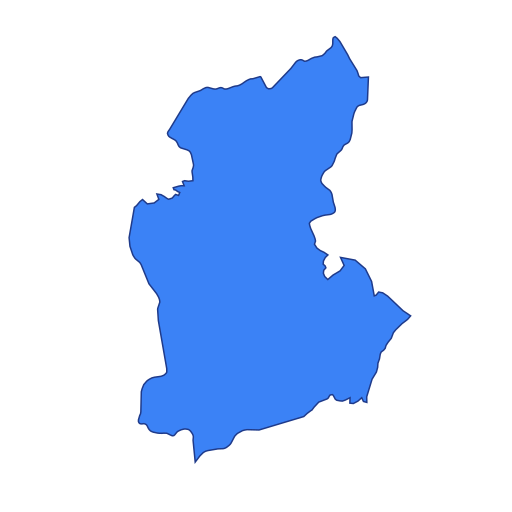 Roi Et, Mercator projection, rotated 339°
{"feature_id": "THA-442", "entity_name": "Roi Et", "entity_type": "Province", "adm_level": 1, "iso_a3": "THA", "parent_name": "Thailand", "parent_adm1": "", "projection": "mercator", "projection_center": [103.855, 15.941], "detail": "fine", "context": "isolated", "style": "filled", "palette": "blue", "viewbox_px": 512, "rotation_deg": 339, "n_neighbors": 0, "source": "natural_earth", "source_scale": "10m", "svg_char_len": 4679}
<svg xmlns="http://www.w3.org/2000/svg" viewBox="0 0 512 512"><g transform="rotate(339 256 256)"><path d="M269.3,80.8L270.5,81.0L271.6,81.4L276.1,84.7L277.0,85.2L278.1,85.7L279.4,85.9L282.0,85.9L283.3,86.1L284.3,86.6L285.1,87.3L285.8,88.2L286.6,88.9L287.6,89.3L288.8,89.6L290.2,89.7L295.3,89.7L297.3,89.9L299.7,90.5L301.7,90.6L304.3,90.3L309.6,89.0L312.3,88.7L314.3,88.7L316.6,89.4L324.1,90.0L324.5,90.3L324.7,90.7L326.1,102.4L326.8,103.5L327.8,104.5L330.4,105.1L331.7,104.8L355.8,93.4L362.5,89.3L364.0,88.7L365.4,88.5L366.7,88.5L367.9,88.7L368.9,89.2L369.6,89.8L371.1,91.6L372.6,92.0L374.7,92.0L378.5,91.4L382.0,91.4L384.4,92.0L389.5,92.7L391.4,92.1L393.3,91.3L395.1,90.1L396.1,89.7L400.7,88.4L401.7,87.8L402.6,87.1L403.2,86.2L403.8,85.2L405.1,81.9L405.6,80.9L406.3,80.0L407.3,79.7L408.5,79.6L409.8,81.8L411.2,85.9L413.7,100.8L414.1,105.4L416.7,119.0L416.7,120.4L416.6,123.2L416.4,124.5L417.0,125.9L417.6,127.0L425.1,129.2L416.1,150.0L415.5,151.0L414.7,151.7L413.8,152.3L412.7,152.7L411.3,152.9L410.2,152.9L406.3,152.4L405.1,152.6L404.1,152.9L403.2,153.5L399.8,156.6L398.4,158.2L394.0,164.5L393.5,165.6L390.9,172.6L389.5,175.6L385.7,181.0L384.1,182.5L383.2,183.0L382.0,183.4L378.2,183.9L376.7,184.8L376.2,185.2L374.8,186.7L374.0,187.4L373.0,187.9L368.7,189.5L367.8,190.0L364.8,193.3L363.5,195.0L362.8,195.8L359.6,198.7L358.7,199.3L357.6,199.7L351.6,201.1L350.5,201.5L349.6,202.0L347.8,203.4L346.2,204.8L344.9,206.4L343.6,208.3L343.4,209.8L343.5,211.8L344.9,215.2L345.7,216.9L348.4,221.1L348.7,222.1L349.0,223.7L349.0,225.7L347.5,233.4L347.2,238.9L346.8,240.7L346.4,241.7L345.9,242.5L345.1,243.2L344.0,243.6L342.8,243.8L341.5,243.9L340.2,243.8L335.2,242.6L332.6,242.2L326.8,242.0L324.1,242.3L319.8,243.1L318.3,244.0L317.5,244.6L317.1,246.7L316.9,250.0L317.4,257.9L317.3,261.2L316.9,263.4L316.3,264.1L314.8,266.0L315.7,270.4L317.9,273.9L320.8,276.9L323.5,280.8L320.2,282.2L317.2,284.8L315.8,287.7L317.0,290.1L317.0,292.1L314.1,293.6L312.7,296.3L312.8,299.8L314.6,303.7L321.1,301.4L329.2,300.0L334.9,296.4L334.4,287.6L347.1,295.4L353.5,307.2L354.8,321.2L352.1,335.6L354.1,335.6L357.6,333.6L361.1,335.8L364.5,340.6L373.7,359.9L378.9,367.3L374.8,369.5L368.0,371.5L359.9,375.0L356.7,376.9L352.8,381.3L348.3,383.9L345.3,386.1L343.5,388.5L341.3,389.7L339.7,390.1L338.3,390.6L336.8,392.2L334.4,396.3L331.4,399.8L329.7,403.5L326.8,407.5L320.2,412.6L308.9,427.1L307.0,432.4L304.2,430.3L303.9,426.2L299.2,428.0L294.0,428.6L290.9,427.0L293.0,422.0L287.6,422.5L284.7,422.4L282.6,421.4L279.7,419.6L278.7,418.1L278.2,413.9L277.7,412.8L275.5,412.3L274.0,413.2L272.7,414.4L271.2,414.9L262.2,414.9L256.1,417.9L252.9,419.9L251.9,420.0L247.3,421.3L243.1,423.0L196.5,419.5L185.4,414.9L182.9,414.4L180.8,414.2L175.6,414.9L174.5,415.2L172.5,416.1L171.4,416.7L165.7,421.7L164.5,422.5L162.9,423.2L159.9,424.1L157.9,424.3L156.3,424.1L151.3,422.4L141.3,420.4L138.9,420.2L137.4,420.4L136.1,420.7L132.0,422.5L125.4,426.6L131.2,405.5L132.7,402.4L132.8,402.0L133.0,400.8L132.9,399.1L132.2,396.2L131.5,394.7L130.6,393.6L128.7,392.5L127.7,392.0L126.4,391.7L123.7,391.4L121.0,391.6L119.7,391.8L118.7,392.3L115.9,393.9L114.9,394.2L113.8,394.0L113.0,393.5L109.3,389.6L108.3,389.1L106.0,388.2L104.9,387.9L102.6,387.0L100.6,386.0L96.9,383.6L95.3,382.1L94.7,381.2L94.2,380.1L93.9,379.1L93.7,377.8L93.6,376.5L93.5,375.2L93.1,374.1L92.4,373.2L91.5,372.5L90.5,372.1L89.4,371.9L88.3,371.4L87.5,370.8L87.0,369.8L86.9,368.5L87.5,366.9L90.3,363.2L91.6,362.0L92.7,360.1L100.3,341.6L102.3,338.9L105.2,335.8L109.1,333.7L110.2,333.3L112.5,332.8L115.2,332.5L117.8,332.8L124.3,334.3L127.1,334.3L128.2,334.0L129.3,333.6L130.3,333.1L131.1,332.4L132.3,329.2L141.7,281.3L145.0,270.7L145.5,269.7L149.6,264.7L150.0,263.6L150.3,261.7L150.3,259.5L149.7,255.5L146.1,243.6L145.7,222.9L145.2,220.4L142.5,215.6L142.1,214.5L141.6,212.1L141.4,210.7L141.8,201.8L144.1,193.4L159.9,167.0L162.5,166.2L167.2,163.6L170.3,162.6L173.2,168.4L179.9,170.0L185.6,168.3L185.7,162.6L189.3,164.7L191.7,167.6L193.4,170.2L194.7,171.7L198.6,171.9L201.1,170.5L203.0,169.7L205.4,171.7L207.6,169.4L206.0,167.8L204.6,165.6L203.2,164.7L203.2,162.6L208.9,163.1L211.5,163.6L214.1,164.7L214.1,160.1L216.3,160.1L219.7,162.0L224.1,163.1L225.3,159.7L226.4,154.8L226.8,153.6L226.9,153.4L229.0,150.9L229.6,150.0L230.2,149.0L230.5,147.9L232.0,138.4L231.9,135.8L231.6,134.8L231.3,134.0L230.9,133.5L229.7,132.2L224.5,128.1L223.9,127.2L223.4,126.2L223.2,125.0L223.1,123.8L223.1,122.5L222.9,121.3L222.6,120.0L222.1,119.0L220.8,117.3L220.1,116.6L218.1,114.1L217.5,113.0L217.2,111.7L217.3,109.8L218.1,108.7L219.0,108.0L220.8,106.8L249.3,84.6L253.1,82.5L255.4,81.6L257.3,81.4L262.8,81.6L264.1,81.5L266.6,81.0L269.3,80.8Z" fill="#3b82f6" stroke="#1e3a8a" stroke-width="1.5"/></g></svg>